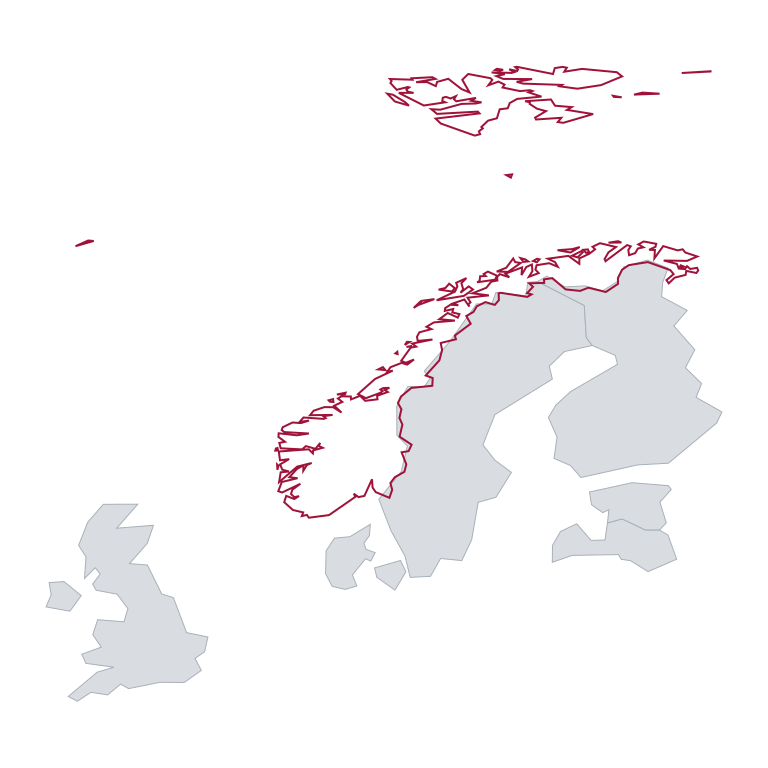 Norway highlighted, Natural Earth projection
{"feature_id": "NOR", "entity_name": "Norway", "entity_type": "country or territory", "adm_level": 0, "iso_a3": "NOR", "parent_name": "Europe", "parent_adm1": "", "projection": "natural_earth1", "projection_center": [16.239, 69.249], "detail": "fine", "context": "with_neighbors", "style": "outline", "palette": "rose", "viewbox_px": 768, "rotation_deg": 0, "n_neighbors": 6, "source": "natural_earth", "source_scale": "50m", "svg_char_len": 8468}
<svg xmlns="http://www.w3.org/2000/svg" viewBox="0 0 768 768"><path d="M378.8,499.3L401.2,471.6L407.4,446.0L396.9,435.0L396.7,406.4L407.9,386.4L424.2,386.8L430.1,378.4L424.2,371.2L449.8,341.6L476.5,303.9L491.8,304.0L495.9,292.5L525.8,295.8L527.8,282.4L537.5,281.5L584.3,305.5L586.3,337.4L592.2,345.5L564.5,351.5L549.3,366.1L552.3,379.1L494.9,414.6L482.9,444.9L495.0,460.3L511.4,472.4L496.0,497.2L478.2,502.3L471.7,539.6L461.8,560.6L440.6,558.5L430.5,576.3L410.2,577.4L405.0,556.1L391.0,530.7L378.8,499.3Z" fill="#d9dde1" stroke="#a8b0b8" stroke-width="1"/><path d="M659.4,530.0L668.0,535.1L676.7,559.2L648.0,571.6L630.6,560.7L621.2,559.3L618.5,554.6L572.1,555.4L552.3,562.3L552.5,545.4L560.6,531.4L576.7,523.8L591.1,540.4L605.0,540.0L607.5,522.9L622.1,518.9L645.1,529.9L659.4,530.0Z" fill="#d9dde1" stroke="#a8b0b8" stroke-width="1"/><path d="M668.4,485.7L671.2,489.5L659.9,502.2L666.3,522.9L659.4,530.0L645.1,529.9L622.1,518.9L607.5,522.9L608.9,509.8L602.7,512.6L591.5,504.7L589.5,492.0L632.1,482.7L668.4,485.7Z" fill="#d9dde1" stroke="#a8b0b8" stroke-width="1"/><path d="M356.8,585.9L345.4,589.4L332.2,586.4L325.6,573.8L326.1,550.8L334.5,538.1L349.9,536.7L370.3,524.3L369.4,535.7L364.0,543.0L365.9,549.3L375.2,552.7L370.7,561.1L365.6,558.7L352.4,574.9L356.8,585.9ZM400.5,560.5L405.9,571.8L394.9,590.1L376.8,577.3L374.6,567.9L400.5,560.5Z" fill="#d9dde1" stroke="#a8b0b8" stroke-width="1"/><path d="M69.9,611.2L46.1,606.9L51.2,594.7L49.1,582.6L64.0,581.6L81.2,595.6L69.9,611.2ZM124.0,621.8L127.9,608.6L117.2,594.2L96.2,590.3L92.7,584.1L100.2,574.0L95.2,567.8L84.5,578.5L86.0,556.8L78.6,545.4L87.7,522.3L103.3,504.3L137.8,504.2L116.7,528.2L153.5,525.3L147.2,543.5L129.4,563.6L147.4,565.0L161.7,594.0L173.4,597.7L186.6,632.6L207.9,637.0L204.6,651.7L195.0,658.4L201.3,670.4L184.2,682.5L160.0,682.3L128.6,688.6L120.6,684.1L107.6,694.9L91.0,692.3L77.4,701.2L68.2,696.5L97.2,672.2L113.9,667.2L86.0,663.4L81.8,654.2L101.3,647.1L92.8,634.7L97.7,619.7L124.0,621.8Z" fill="#d9dde1" stroke="#a8b0b8" stroke-width="1"/><path d="M662.7,282.4L661.6,296.7L687.2,310.4L673.9,326.0L694.8,349.7L685.4,367.8L701.6,383.5L696.1,397.4L721.9,412.0L716.7,423.0L668.4,463.2L637.7,464.9L580.9,477.5L570.6,465.6L554.0,458.4L557.1,437.1L548.4,417.6L555.9,405.1L570.4,391.7L617.5,364.3L615.3,355.4L592.2,345.5L586.3,337.4L584.3,305.5L537.5,281.5L546.7,276.2L564.7,286.9L585.2,285.9L602.5,290.9L617.0,281.8L623.6,267.0L647.4,260.1L668.1,268.1L662.7,282.4Z" fill="#d9dde1" stroke="#a8b0b8" stroke-width="1"/><path d="M544.2,282.9L529.2,283.3L533.0,286.8L527.1,293.1L531.5,294.4L527.3,296.9L500.8,292.8L498.6,293.3L498.9,300.1L494.8,304.9L485.4,302.1L476.8,306.3L473.4,312.0L466.3,316.0L470.7,323.7L454.9,335.5L455.9,339.3L440.7,343.0L442.1,350.0L439.4,360.3L425.7,375.5L432.7,378.0L432.3,385.8L411.4,387.9L401.0,396.5L397.9,403.0L401.4,409.2L399.4,417.9L402.4,424.5L399.6,436.7L411.6,444.7L408.6,451.1L401.6,452.3L406.3,464.3L404.4,471.8L394.8,477.2L390.4,483.1L392.2,489.8L389.4,497.8L375.7,492.1L372.6,487.6L372.0,479.3L364.4,495.9L358.6,497.1L353.8,493.7L355.4,496.8L329.0,515.1L308.9,517.7L306.8,514.9L301.8,516.1L303.2,512.4L292.9,510.0L284.2,502.2L286.2,495.9L294.3,499.0L299.0,496.1L294.4,497.2L291.0,494.0L292.4,489.6L300.4,483.8L282.1,492.5L278.3,491.2L281.8,482.0L297.6,478.2L289.4,477.2L296.8,469.1L303.4,465.3L303.3,470.8L306.9,465.0L311.7,463.0L297.2,466.6L279.1,482.1L280.7,472.3L289.0,471.5L282.3,469.7L280.1,464.4L289.1,459.1L280.0,460.3L278.8,451.5L308.7,449.3L312.9,453.4L313.1,450.4L322.7,447.8L318.5,445.8L320.3,442.9L315.4,448.8L305.9,446.1L302.1,449.4L280.7,448.3L279.3,442.9L285.0,441.8L278.4,436.9L278.7,433.3L296.8,435.3L308.9,433.5L284.4,432.1L281.7,430.1L282.7,427.2L292.6,422.5L300.8,423.1L309.0,420.6L299.6,421.9L303.5,417.5L323.7,418.9L325.7,418.1L323.3,416.2L332.6,414.9L310.0,415.2L313.7,410.7L324.4,407.1L333.1,407.2L341.5,412.5L334.2,405.7L342.3,401.9L337.9,398.5L341.5,396.3L350.8,396.5L351.0,399.4L360.1,395.8L365.2,400.8L377.5,399.3L377.1,395.8L387.8,392.0L384.7,390.0L389.4,387.8L383.1,388.1L380.4,389.5L382.5,391.1L380.6,392.7L365.9,398.2L358.0,394.1L375.0,379.0L392.8,370.6L387.2,371.9L390.5,367.2L401.6,362.9L407.2,364.6L414.0,359.5L405.8,362.8L401.2,360.8L410.6,347.7L416.2,346.6L412.2,343.6L432.5,339.5L417.7,340.9L417.0,336.7L419.4,332.3L431.4,329.1L426.5,326.8L433.9,322.4L454.9,320.6L439.3,319.2L447.7,313.0L457.8,317.6L459.4,314.1L452.3,312.4L453.2,309.0L444.8,310.9L445.2,308.1L450.5,304.7L458.3,305.3L453.1,303.4L464.4,299.5L469.3,306.6L468.4,304.2L470.5,302.3L467.5,297.7L488.9,295.4L472.5,293.3L486.3,287.8L491.2,281.7L497.4,280.5L497.0,277.1L499.8,274.1L509.3,277.3L505.4,273.7L522.1,267.4L521.5,275.1L526.3,267.0L531.9,264.5L532.4,271.2L528.9,276.8L538.7,273.1L535.4,269.6L536.6,265.2L549.2,263.2L557.8,266.8L555.0,262.1L547.9,258.7L568.4,255.9L579.3,263.8L579.4,258.4L589.4,253.7L595.1,249.3L592.5,246.8L600.0,243.2L616.0,247.0L608.5,252.3L604.6,259.0L605.5,261.2L627.1,245.1L630.7,246.3L628.3,250.0L629.1,255.2L635.2,253.1L637.9,248.5L643.4,247.3L638.3,244.4L643.7,241.5L656.2,243.8L655.5,246.8L649.1,249.8L654.9,250.0L654.4,258.4L663.2,246.1L677.7,250.4L682.7,249.3L685.3,252.5L697.3,256.5L686.9,260.9L663.7,260.5L676.9,263.9L678.8,268.6L685.0,269.1L687.0,266.2L690.3,269.0L697.1,267.8L698.2,270.5L696.4,273.0L686.3,270.9L685.6,274.9L674.8,277.6L668.7,283.3L666.5,280.1L673.6,274.1L670.3,270.1L647.8,262.1L628.9,265.1L622.1,269.7L617.9,278.0L618.0,283.9L605.8,292.0L588.4,287.7L580.1,290.9L565.6,289.4L552.3,278.1L544.0,279.4L544.2,282.9ZM468.2,74.0L490.5,78.2L492.3,79.9L488.3,85.3L498.5,81.6L504.5,84.6L502.6,87.5L520.0,91.1L530.1,90.2L532.4,91.0L528.7,92.4L541.5,96.6L517.2,98.9L509.8,103.0L507.7,108.3L499.7,109.3L496.9,118.3L488.1,120.6L481.4,127.0L482.8,128.4L478.9,131.3L480.1,134.2L474.8,135.6L440.9,123.6L435.6,118.6L479.5,113.4L477.8,111.6L437.1,113.9L431.3,109.2L440.3,109.7L461.6,103.9L475.8,103.5L481.5,102.3L471.1,100.8L475.9,97.9L456.3,101.3L454.0,99.3L455.9,96.1L450.6,98.5L446.0,96.9L442.8,97.7L442.3,101.0L445.2,102.3L423.8,105.5L398.8,92.9L413.6,92.9L407.6,91.6L406.4,89.4L409.2,87.4L407.8,87.0L396.7,89.8L390.4,83.0L391.6,81.0L389.9,79.0L412.4,79.7L411.5,78.3L432.3,77.2L435.5,78.9L416.1,82.2L427.1,82.1L435.8,86.1L437.1,81.9L448.3,78.8L461.4,89.0L469.6,92.5L462.3,79.8L468.2,74.0ZM516.8,66.8L553.0,74.0L554.8,68.1L562.5,66.9L566.8,67.7L564.3,71.7L582.1,68.9L616.8,72.2L622.1,76.4L601.1,85.1L577.4,88.7L559.5,86.3L561.8,84.9L523.0,83.6L516.6,81.8L532.1,79.1L503.1,78.9L496.4,76.1L504.8,74.2L491.6,72.4L511.6,72.9L514.3,72.1L509.2,69.3L517.2,71.0L518.0,69.4L515.2,67.1L516.8,66.8ZM525.1,101.2L551.0,99.5L555.0,105.7L571.7,107.1L567.0,109.9L593.1,114.1L563.3,122.8L557.8,122.1L561.3,117.8L536.0,119.5L535.1,117.6L546.0,111.1L537.0,108.7L529.6,103.9L529.9,102.3L525.1,101.2ZM460.5,292.7L468.7,286.4L473.0,289.5L463.9,295.9L436.6,300.3L455.0,291.6L457.4,286.3L456.2,282.8L466.4,278.1L461.4,283.2L463.2,289.2L460.5,292.7ZM487.9,271.6L497.0,275.7L495.0,279.7L477.1,282.3L479.6,280.9L480.1,276.3L485.7,276.0L483.7,274.0L487.9,271.6ZM515.2,262.1L520.7,263.0L508.0,271.9L496.7,271.5L506.2,267.8L513.2,258.5L515.2,262.1ZM392.9,94.7L404.9,102.0L409.0,105.6L394.9,101.5L387.3,93.7L392.9,94.7ZM449.2,283.7L454.8,288.1L452.0,291.5L438.6,289.6L445.4,288.0L449.2,283.7ZM579.7,247.0L570.5,252.5L557.5,250.2L572.4,249.1L579.7,247.0ZM582.7,252.4L577.6,257.4L572.1,255.7L581.6,251.0L582.7,252.4ZM421.4,300.9L434.4,299.1L420.2,304.3L421.4,300.9ZM93.7,241.0L75.5,246.2L88.2,240.5L93.7,241.0ZM710.5,71.5L681.7,73.0L711.4,71.2L710.5,71.5ZM642.6,92.6L659.6,93.7L634.0,94.6L642.6,92.6ZM608.5,242.7L618.1,241.2L621.4,242.5L608.5,242.7ZM589.0,252.0L586.0,252.8L583.3,249.8L587.9,249.4L589.0,252.0ZM539.5,259.3L536.8,262.3L533.1,261.0L536.9,258.8L539.5,259.3ZM512.1,174.4L510.9,177.6L506.3,175.1L512.1,174.4ZM621.7,97.3L613.8,96.9L613.0,95.8L621.7,97.3ZM382.9,367.1L385.4,370.1L378.2,369.4L382.9,367.1ZM520.5,258.1L525.3,259.4L528.2,261.4L523.4,261.9L520.5,258.1ZM503.1,69.8L500.1,70.7L495.0,70.0L496.8,68.8L503.1,69.8ZM345.1,394.2L336.9,394.5L345.6,392.7L345.1,394.2ZM333.4,402.0L329.9,401.7L328.6,400.3L333.1,399.1L333.4,402.0ZM418.1,305.1L413.7,307.9L418.6,303.2L418.1,305.1ZM278.5,465.7L277.4,469.8L277.1,464.4L278.5,465.7ZM409.6,342.0L404.8,344.9L407.0,341.8L409.6,342.0ZM684.2,266.7L679.9,268.1L679.5,267.6L680.7,265.3L684.2,266.7ZM411.1,346.4L406.4,346.9L412.1,345.9L411.1,346.4ZM397.3,351.8L397.6,354.1L395.4,353.4L397.3,351.8ZM278.0,450.5L275.3,450.6L275.9,448.5L277.5,448.0L278.0,450.5Z" fill="none" stroke="#9f1239" stroke-width="2"/></svg>